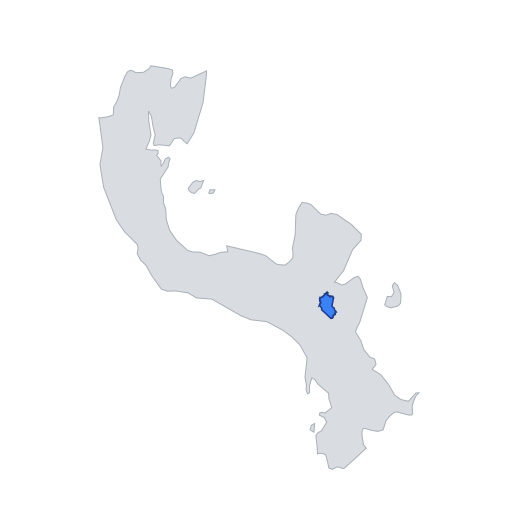 La Mesa, Veraguas, Panama (highlighted), rotated 227°
{"feature_id": "35544464B90522605165163", "entity_name": "La Mesa", "entity_type": "district", "adm_level": 2, "iso_a3": "PAN", "parent_name": "Panama", "parent_adm1": "Veraguas", "projection": "orthographic", "projection_center": [-81.193, 8.152], "detail": "fine", "context": "in_parent", "style": "filled", "palette": "blue", "viewbox_px": 512, "rotation_deg": 227, "n_neighbors": 0, "source": "geoboundaries", "source_scale": "gbopen_adm2", "svg_char_len": 6274}
<svg xmlns="http://www.w3.org/2000/svg" viewBox="0 0 512 512"><g transform="rotate(227 256 256)"><path d="M464.4,235.5L462.9,236.6L458.8,242.7L456.5,247.9L462.0,253.4L463.7,259.2L466.8,265.5L471.7,271.8L477.2,283.5L478.4,288.3L477.0,291.4L471.9,293.3L467.1,298.9L465.9,305.6L466.8,308.9L452.6,319.8L449.0,321.7L446.5,320.0L443.4,314.6L439.7,310.3L437.8,308.8L436.6,308.8L435.5,309.8L435.0,312.1L437.0,322.2L435.4,326.4L430.6,329.5L425.1,346.1L422.9,344.0L404.4,322.0L388.4,294.6L385.0,282.2L389.1,281.5L393.1,281.7L395.2,279.8L397.6,276.2L395.6,267.8L403.2,261.3L406.1,257.0L408.2,257.5L413.3,264.8L420.7,268.9L429.7,274.9L435.3,276.3L428.2,269.9L416.0,261.6L412.6,256.1L409.3,248.4L404.6,251.8L402.4,254.6L399.9,256.2L397.8,254.3L397.4,251.9L390.2,251.4L388.3,249.2L386.4,247.9L387.3,252.7L388.8,255.7L388.0,259.3L385.7,259.5L383.7,255.8L381.1,252.5L377.6,238.5L369.4,232.0L365.7,229.8L362.6,229.0L358.1,224.6L352.1,222.2L343.9,215.3L333.9,210.4L321.7,208.6L306.8,209.8L301.9,212.6L298.5,216.1L296.9,217.8L288.2,221.8L284.9,227.7L282.8,232.6L278.4,238.2L283.4,241.5L254.9,260.6L249.2,263.4L236.4,265.3L233.4,267.4L229.5,271.1L229.0,276.8L229.6,281.7L233.3,285.4L236.7,287.7L244.7,299.0L258.9,313.2L261.6,318.4L263.8,326.1L259.5,329.7L256.2,331.2L242.7,331.9L238.1,335.0L236.2,339.7L231.2,343.5L213.7,347.3L200.1,347.8L195.8,343.4L194.8,331.0L185.5,309.9L183.3,295.4L181.0,297.2L176.2,298.9L174.5,302.5L173.3,313.2L171.5,316.9L167.7,316.5L160.0,312.7L149.7,309.1L136.6,286.4L135.2,282.1L132.7,277.0L122.5,274.9L113.9,271.0L104.5,270.4L99.7,272.5L94.8,269.8L93.9,263.6L84.1,266.3L71.4,265.3L60.1,262.6L52.3,264.0L45.8,268.4L46.7,279.7L44.8,281.9L44.5,277.3L42.2,272.0L39.5,267.6L33.8,263.0L33.6,261.3L35.8,259.0L46.2,252.4L47.5,249.7L47.7,243.9L46.7,238.4L42.1,230.3L44.8,225.3L50.2,221.3L55.6,218.1L56.6,216.8L55.6,214.1L52.4,211.1L44.9,206.0L40.4,205.6L40.3,191.1L40.6,175.6L41.8,174.1L44.5,173.2L46.7,170.9L48.0,166.3L51.2,164.7L57.1,168.2L63.1,171.4L65.6,170.3L67.5,168.8L68.8,167.3L69.3,165.9L74.1,170.1L83.9,177.4L84.5,181.0L83.5,184.4L86.2,194.3L91.3,195.7L96.5,193.8L97.7,195.7L96.8,197.5L94.1,199.5L93.4,208.0L101.9,212.0L106.1,215.5L120.1,213.9L125.2,214.8L128.8,213.8L124.9,207.0L119.6,201.9L120.1,199.7L124.0,201.4L127.1,204.8L133.9,209.1L146.6,223.9L161.1,227.5L172.7,227.0L183.4,225.0L200.5,219.2L212.8,208.8L222.7,204.2L254.6,194.3L265.9,183.9L270.7,182.5L275.3,181.2L285.3,173.4L290.6,167.3L296.3,164.2L313.2,166.4L324.1,169.2L331.7,168.8L338.9,170.8L342.1,175.2L345.4,177.0L363.3,176.4L377.9,178.6L410.1,191.4L429.3,204.2L439.6,217.9L464.4,235.5ZM142.1,339.1L137.9,339.5L129.3,336.2L123.1,329.8L122.6,327.7L122.7,325.6L126.2,319.1L130.7,316.8L132.5,316.8L136.9,324.4L133.9,327.3L135.1,332.0L141.3,335.4L142.1,339.1ZM348.5,266.0L347.0,269.3L343.4,262.0L344.0,260.2L343.7,253.6L347.1,251.8L349.6,251.7L351.7,252.6L353.0,260.3L351.9,263.8L348.5,266.0ZM94.3,181.1L93.5,184.7L87.6,178.2L91.1,177.1L92.4,177.3L94.3,181.1ZM335.8,267.6L332.4,271.1L331.1,267.8L333.4,264.5L334.3,264.4L335.8,267.6Z" fill="#d9dde1" stroke="#a8b0b8" stroke-width="1"/><path d="M160.2,274.2L160.1,274.3L160.0,274.5L160.0,274.8L160.2,275.1L160.3,275.2L160.5,275.4L160.3,275.4L160.3,275.5L160.2,275.6L160.3,276.0L160.4,276.3L160.3,276.5L160.5,276.5L160.8,276.6L161.1,276.6L161.3,276.7L161.5,276.7L161.9,276.5L162.1,276.4L162.3,276.4L162.6,276.5L163.1,276.7L163.4,277.0L163.6,277.1L163.8,277.2L163.9,277.3L164.2,277.3L164.3,277.4L164.3,277.5L164.6,277.6L165.2,277.4L165.4,277.4L165.5,277.4L165.9,277.4L166.1,277.3L166.4,277.3L166.6,277.3L167.1,277.2L167.3,277.3L167.5,277.4L167.7,277.5L167.9,277.7L168.0,277.8L168.0,278.0L168.3,278.2L168.3,278.3L168.4,278.5L172.8,284.5L173.0,284.5L173.2,284.4L173.3,284.3L173.3,284.2L173.5,284.1L173.8,284.0L174.0,284.0L174.4,283.9L174.5,283.9L174.5,284.0L174.6,283.9L174.9,283.9L175.0,284.0L175.1,283.8L175.1,283.6L175.3,283.5L175.3,283.4L175.4,283.2L175.5,283.2L175.4,283.0L175.5,282.9L175.6,282.7L175.7,282.4L175.8,282.5L175.8,282.4L176.2,282.3L176.2,282.5L176.3,282.5L176.4,282.4L176.5,282.3L176.8,282.4L176.9,282.2L177.0,282.2L177.0,282.3L177.3,282.2L177.5,282.3L177.8,282.3L177.9,282.2L178.1,282.2L178.3,281.9L178.5,282.0L178.6,281.9L178.8,281.9L179.0,281.9L178.9,281.8L179.0,281.7L179.1,281.9L179.3,281.9L179.5,281.9L179.6,282.0L179.7,282.3L179.7,282.5L179.8,282.8L179.9,283.0L179.9,283.3L179.9,283.5L180.0,283.5L180.1,283.4L180.3,283.4L180.5,283.4L180.4,283.5L180.5,283.5L180.6,283.4L180.8,283.3L180.8,283.2L180.7,283.1L180.7,282.9L180.9,283.0L180.9,282.9L181.0,282.8L181.0,282.7L181.1,282.8L181.1,282.7L180.9,282.6L181.0,282.4L181.0,282.1L181.1,281.8L181.0,281.7L181.0,281.4L181.2,281.2L181.1,280.9L181.0,280.6L181.1,280.3L181.4,280.1L181.2,280.0L181.0,279.9L180.9,280.0L180.9,279.9L180.8,279.4L180.7,279.4L180.6,279.2L180.8,279.1L180.9,278.8L180.8,278.3L180.8,278.2L180.7,278.0L180.8,277.8L180.7,277.6L180.7,277.3L180.8,277.3L180.9,277.2L181.0,277.1L181.0,276.9L180.8,276.8L180.8,276.4L180.7,276.4L180.7,276.1L180.8,276.0L180.9,275.8L181.0,275.9L181.1,276.0L181.1,275.9L181.2,275.7L181.3,275.6L181.3,275.4L181.4,275.1L181.5,275.1L181.6,274.9L181.8,274.7L181.7,274.7L181.6,274.4L181.6,274.2L181.5,273.9L181.5,273.7L181.4,273.7L181.2,273.4L180.9,273.2L180.6,273.1L180.7,272.9L180.7,272.7L180.4,272.6L180.2,272.5L180.0,272.4L179.9,272.3L179.9,272.5L179.6,272.4L179.2,272.3L179.1,272.1L178.9,272.0L178.7,272.0L178.6,271.9L178.4,272.0L178.2,272.0L178.0,271.9L177.9,271.8L178.0,271.7L177.9,271.5L177.8,271.4L177.7,271.2L177.7,270.9L177.5,271.0L177.5,270.9L177.4,270.7L177.3,270.4L177.2,270.2L177.3,270.0L177.3,269.9L177.1,269.8L177.1,269.7L176.9,269.6L176.8,269.4L176.7,269.3L176.7,269.2L176.8,269.3L176.9,269.2L177.0,269.1L177.0,268.9L176.9,268.8L176.7,268.7L176.6,268.4L176.5,268.2L176.4,268.8L173.0,268.5L172.0,267.3L167.4,267.7L164.3,267.9L159.7,268.2L159.7,268.3L159.5,268.2L159.4,268.4L159.1,268.5L159.0,268.8L158.9,268.9L158.9,269.2L158.7,269.5L158.4,269.6L158.5,269.9L158.6,270.0L158.6,270.5L158.9,270.7L158.9,270.8L159.0,270.8L159.1,271.1L159.3,271.2L159.4,271.5L159.5,271.6L159.8,271.6L159.9,271.9L159.8,272.1L159.8,272.3L159.7,272.5L159.9,272.7L159.9,272.8L159.7,272.9L159.5,273.1L159.4,273.4L159.1,273.7L159.1,273.9L159.3,273.9L159.6,274.1L159.9,274.1L160.1,274.1L160.2,274.2Z" fill="#3b82f6" stroke="#1e3a8a" stroke-width="1.5"/></g></svg>